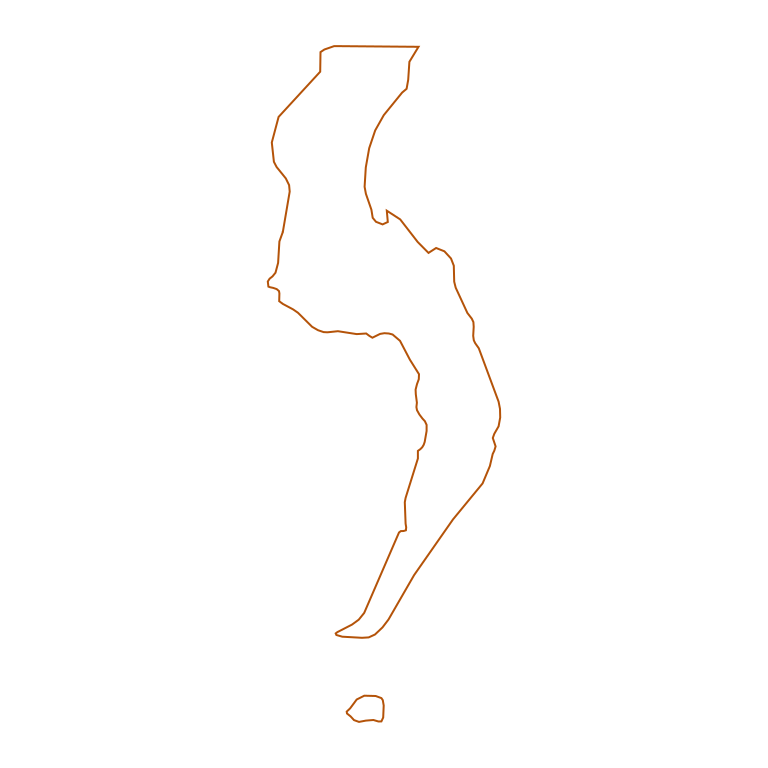 an SVG outline of Davao del Sur
{"feature_id": "PHL-2596", "entity_name": "Davao del Sur", "entity_type": "Province", "adm_level": 1, "iso_a3": "PHL", "parent_name": "Philippines", "parent_adm1": "", "projection": "mercator", "projection_center": [125.415, 6.192], "detail": "fine", "context": "isolated", "style": "outline", "palette": "amber", "viewbox_px": 768, "rotation_deg": 0, "n_neighbors": 0, "source": "natural_earth", "source_scale": "10m", "svg_char_len": 1965}
<svg xmlns="http://www.w3.org/2000/svg" viewBox="0 0 768 768"><path d="M418.5,46.8L409.4,61.8L408.2,79.8L406.6,88.8L402.1,92.6L383.8,115.1L375.2,130.4L369.2,148.2L365.8,167.4L364.6,186.8L365.9,193.8L371.4,209.7L372.7,217.8L376.0,221.8L382.6,224.4L387.8,222.0L386.8,210.7L400.2,219.4L417.7,242.0L428.5,252.9L436.1,248.0L444.4,251.3L451.0,258.5L453.8,265.7L454.2,281.7L455.7,287.7L467.4,313.0L471.8,318.7L473.4,322.1L473.7,326.8L473.2,335.8L473.8,340.3L475.2,343.2L478.8,348.3L498.6,401.7L500.0,408.9L500.2,417.5L498.6,426.3L494.3,433.8L492.8,438.0L495.6,446.4L494.3,450.7L492.7,454.0L489.9,466.0L482.6,483.4L453.0,519.4L414.1,575.1L388.5,619.5L382.5,627.4L375.0,634.5L368.7,637.4L362.0,637.8L342.3,636.7L336.4,635.0L335.7,633.4L337.4,632.1L352.0,624.6L358.3,620.0L358.8,619.6L364.2,612.9L399.0,532.5L400.8,531.1L403.6,531.0L405.9,530.3L406.2,527.3L405.6,523.7L404.8,502.2L405.6,497.9L417.9,458.5L417.9,450.9L418.0,450.8L420.3,449.2L422.2,447.3L423.7,444.8L424.7,441.9L426.6,431.0L426.6,424.9L424.9,421.2L422.5,418.6L419.4,414.5L417.0,410.2L416.4,407.1L416.9,402.7L415.8,394.2L415.6,389.6L417.0,384.1L418.8,379.2L419.0,374.2L409.9,359.7L400.0,340.8L392.6,334.5L388.8,333.5L384.4,333.2L380.1,333.9L372.4,337.7L369.4,335.9L366.2,333.5L356.7,334.1L337.9,331.2L327.5,332.3L323.6,332.1L318.0,330.2L312.1,326.8L298.0,312.8L293.1,309.4L282.8,303.9L279.2,301.2L279.4,293.4L279.0,291.1L276.7,289.1L273.2,287.9L269.9,287.2L268.4,286.6L268.2,284.9L267.8,281.5L269.6,278.7L272.5,276.4L275.5,272.7L278.1,262.9L279.4,241.5L282.7,232.3L282.7,232.2L282.8,232.2L289.7,191.6L289.1,185.1L285.8,178.4L276.6,167.0L273.9,161.8L271.8,142.5L278.6,116.9L320.2,71.7L320.5,52.1L322.0,51.1L324.4,49.5L334.2,46.1L418.5,46.8ZM381.4,698.1L382.8,700.2L383.7,705.5L383.2,717.5L381.4,721.4L378.5,721.5L373.4,720.0L365.9,720.6L359.0,721.9L354.0,720.1L350.6,716.4L347.0,713.5L346.7,711.6L350.1,708.4L356.7,699.5L364.3,695.7L375.7,696.0L381.4,698.1Z" fill="none" stroke="#b45309" stroke-width="2"/></svg>